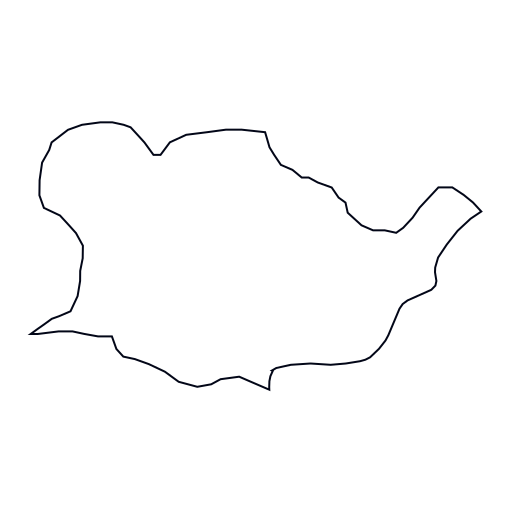 outline of Kabsan, Ryanggang, North Korea
{"feature_id": "82179303B90819617668456", "entity_name": "Kabsan", "entity_type": "district", "adm_level": 2, "iso_a3": "PRK", "parent_name": "North Korea", "parent_adm1": "Ryanggang", "projection": "equal_earth", "projection_center": [128.401, 41.122], "detail": "fine", "context": "isolated", "style": "outline", "palette": "ink", "viewbox_px": 512, "rotation_deg": 0, "n_neighbors": 0, "source": "geoboundaries", "source_scale": "gbopen_adm2", "svg_char_len": 1408}
<svg xmlns="http://www.w3.org/2000/svg" viewBox="0 0 512 512"><path d="M461.7,227.0L470.6,218.7L481.3,211.5L473.0,202.5L463.8,195.0L452.3,187.4L438.4,187.4L429.0,197.5L419.6,207.6L412.6,217.7L403.2,227.8L396.2,232.8L384.6,230.3L373.0,230.3L361.5,225.3L347.7,212.7L345.5,202.6L338.6,197.6L331.7,187.5L317.8,182.5L308.6,177.5L301.7,177.5L292.5,169.9L280.9,164.9L274.1,154.8L269.5,147.3L267.3,139.7L265.1,132.2L241.9,129.7L225.7,129.7L207.1,132.2L186.2,134.8L169.9,142.3L160.5,154.9L153.5,154.9L144.4,142.4L137.5,134.8L130.6,127.3L123.7,124.8L112.2,122.3L100.6,122.3L82.0,124.8L68.0,129.8L51.6,142.4L49.2,150.0L42.1,162.6L39.6,180.2L39.4,195.3L43.9,207.9L60.0,215.5L69.2,225.5L76.0,233.1L82.9,245.7L82.7,258.3L80.2,270.9L80.1,281.0L77.6,296.1L70.5,311.3L58.8,316.3L51.8,318.8L44.8,323.9L37.7,328.9L30.7,334.0L37.7,334.0L58.6,331.4L72.5,331.4L84.1,333.9L98.0,336.4L111.9,336.4L116.4,349.0L123.3,356.6L134.9,359.1L148.8,364.1L164.9,371.7L178.7,381.8L197.3,386.8L211.2,384.3L220.6,379.2L239.2,376.7L250.7,381.7L269.3,389.7L269.2,387.1L269.4,381.2L270.4,376.2L272.8,370.8L272.0,370.5L276.3,368.0L290.8,364.8L310.5,363.5L330.7,364.8L345.8,363.5L360.1,361.2L365.4,359.7L370.1,357.3L379.0,348.8L385.5,340.5L388.3,335.3L399.5,308.7L402.7,304.0L407.6,300.4L431.3,289.8L435.4,285.6L436.4,281.0L435.0,272.2L435.2,267.5L438.1,257.5L446.8,244.5L457.6,230.8L461.7,227.0Z" fill="none" stroke="#020617" stroke-width="2"/></svg>